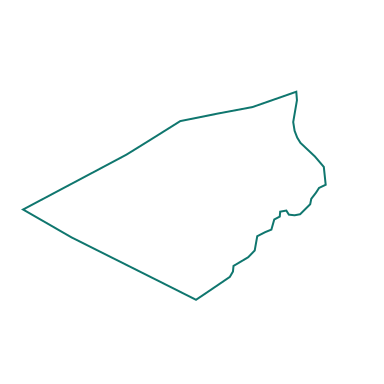 Coronel Ezequiel, Rio Grande do Norte, Brazil, rotated 142°
{"feature_id": "56859067B91601220051830", "entity_name": "Coronel Ezequiel", "entity_type": "district", "adm_level": 2, "iso_a3": "BRA", "parent_name": "Brazil", "parent_adm1": "Rio Grande do Norte", "projection": "albers", "projection_center": [-36.229, -6.36], "detail": "fine", "context": "isolated", "style": "outline", "palette": "teal", "viewbox_px": 384, "rotation_deg": 142, "n_neighbors": 0, "source": "geoboundaries", "source_scale": "gbopen_adm2", "svg_char_len": 621}
<svg xmlns="http://www.w3.org/2000/svg" viewBox="0 0 384 384"><g transform="rotate(142 192 192)"><path d="M72.7,130.6L73.3,144.4L76.3,163.9L75.6,170.1L73.5,177.0L69.2,184.8L52.8,199.7L48.1,206.8L92.0,221.7L123.9,238.2L157.6,255.1L193.2,258.8L220.7,261.8L335.9,282.2L314.8,230.2L275.9,148.3L255.2,104.6L242.8,103.7L214.5,101.8L208.7,104.1L204.8,108.2L187.9,106.0L178.6,107.3L167.8,117.0L159.0,115.3L152.6,113.5L144.1,119.7L138.0,118.6L134.6,122.2L129.1,119.3L129.6,114.5L125.5,110.5L120.5,107.9L106.4,109.6L102.2,113.2L94.8,115.1L89.3,117.0L82.2,115.4L72.7,130.6Z" fill="none" stroke="#0f766e" stroke-width="2"/></g></svg>